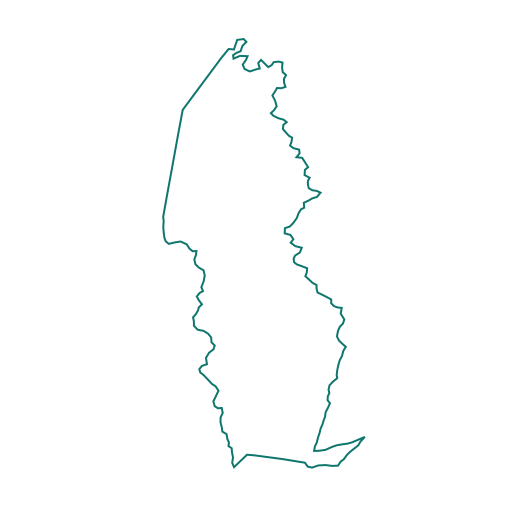 Monte Alegre de Sergipe, Sergipe, Brazil (Natural Earth projection), rotated 264°
{"feature_id": "56859067B92714311058260", "entity_name": "Monte Alegre de Sergipe", "entity_type": "district", "adm_level": 2, "iso_a3": "BRA", "parent_name": "Brazil", "parent_adm1": "Sergipe", "projection": "natural_earth1", "projection_center": [-37.621, -10.067], "detail": "fine", "context": "isolated", "style": "outline", "palette": "teal", "viewbox_px": 512, "rotation_deg": 264, "n_neighbors": 0, "source": "geoboundaries", "source_scale": "gbopen_adm2", "svg_char_len": 3044}
<svg xmlns="http://www.w3.org/2000/svg" viewBox="0 0 512 512"><g transform="rotate(264 256 256)"><path d="M464.7,250.4L456.6,242.2L431.2,218.8L409.0,198.4L388.6,192.3L349.6,180.9L326.5,174.1L304.7,167.8L299.9,167.8L296.0,167.0L292.2,166.7L286.9,166.7L283.6,166.8L280.0,167.8L277.2,170.5L278.0,176.8L278.3,182.5L274.8,188.4L270.6,190.4L267.4,193.4L267.1,197.3L263.2,196.4L259.1,194.3L254.2,194.9L250.4,198.0L247.3,202.3L242.2,203.0L236.3,201.3L230.7,198.4L226.6,199.6L225.1,196.0L221.9,192.9L218.0,194.5L213.6,197.2L210.9,193.8L207.9,192.6L204.3,190.0L201.6,187.0L197.4,187.4L193.0,187.0L188.8,190.3L187.0,196.1L183.8,200.2L179.7,202.9L174.8,202.7L171.3,205.6L167.6,203.9L164.7,199.2L159.9,195.6L153.5,195.9L152.3,190.7L149.4,187.8L146.0,188.4L143.1,191.4L138.2,195.2L133.4,198.8L130.5,202.3L125.9,204.6L121.5,201.9L115.9,198.4L111.0,199.2L108.5,202.3L108.5,206.0L103.4,206.5L99.1,203.9L94.1,203.3L89.0,204.1L84.9,204.2L81.9,208.1L76.9,208.4L73.5,209.6L69.8,208.8L67.4,211.7L63.3,211.6L58.1,212.1L52.8,210.7L48.3,212.1L59.3,226.3L58.0,233.2L51.3,261.0L45.3,283.1L41.1,285.4L39.7,289.7L41.2,296.1L40.8,303.4L39.3,309.7L38.9,315.6L42.8,318.9L44.6,322.0L48.6,325.6L51.4,329.1L54.4,333.8L57.0,337.9L60.5,340.5L64.7,345.3L62.1,336.8L60.5,331.5L59.8,327.1L59.7,322.9L59.3,316.3L58.1,311.4L55.9,304.7L55.7,298.1L56.1,293.4L60.5,294.7L64.0,296.9L69.0,298.7L73.5,300.8L77.6,302.2L81.4,304.4L84.9,305.9L89.0,307.9L93.3,308.9L97.7,311.8L101.9,314.2L105.1,312.1L109.1,312.8L111.9,314.6L115.5,314.2L119.7,315.6L123.1,319.5L126.0,324.0L129.4,323.8L134.4,325.0L139.5,326.7L143.4,328.3L147.6,331.1L152.3,332.8L156.3,335.8L159.9,332.5L163.2,329.7L167.6,328.1L172.9,329.7L176.9,332.0L179.7,335.4L183.7,337.2L189.8,334.2L195.4,335.8L196.3,331.8L198.0,328.3L201.2,325.8L204.9,326.3L207.0,323.2L209.6,319.3L213.3,313.4L217.5,312.8L220.8,313.2L223.3,309.5L227.0,306.3L230.7,303.0L234.3,304.8L238.5,305.6L241.7,299.2L243.3,295.8L245.9,293.2L249.6,293.2L252.4,295.0L254.8,299.9L259.4,302.4L261.7,296.1L265.6,291.9L268.8,294.9L273.4,292.4L275.5,286.9L280.7,287.7L281.7,292.6L285.1,296.7L289.4,300.5L294.1,302.8L297.7,305.6L299.0,309.0L303.9,309.1L305.6,314.0L307.4,317.9L308.4,322.8L312.2,326.8L314.4,323.2L315.5,318.9L317.9,315.6L321.5,315.1L325.1,315.4L328.2,317.5L331.4,312.8L336.5,313.6L338.9,317.1L342.1,315.5L345.2,314.0L348.8,312.1L350.0,306.6L353.6,310.1L357.3,310.0L359.3,304.6L362.2,301.4L365.8,303.2L369.9,304.3L372.2,301.2L375.4,298.9L379.3,296.1L383.6,296.9L385.9,300.5L388.7,297.7L390.7,292.6L393.5,288.1L396.5,285.7L398.9,288.9L402.7,292.2L408.6,291.2L413.9,289.1L417.7,292.2L420.9,294.5L420.2,298.7L421.1,303.0L425.5,302.0L429.4,302.4L432.8,304.8L436.0,301.8L440.7,301.6L445.6,302.6L447.0,298.7L446.9,293.8L444.2,291.6L442.6,287.9L446.3,284.9L450.5,281.5L447.7,278.4L442.1,279.3L441.6,275.7L440.2,269.1L443.2,264.2L447.7,262.8L452.3,266.7L455.6,268.5L456.7,261.0L454.6,254.3L458.1,254.2L460.1,257.9L461.2,262.0L466.4,264.5L469.9,268.8L473.1,266.4L472.9,259.9L468.2,257.7L463.7,255.7L464.7,250.4Z" fill="none" stroke="#0f766e" stroke-width="2"/></g></svg>